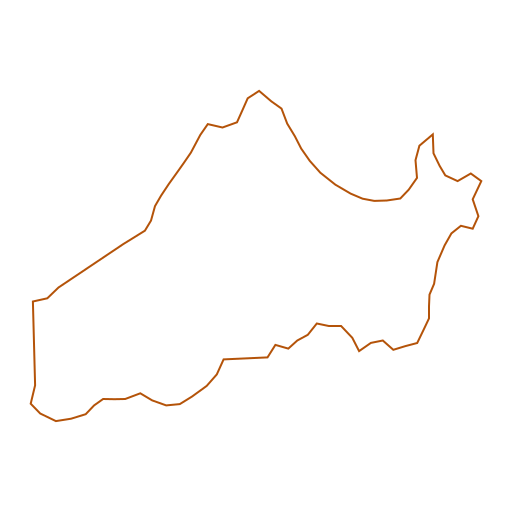 Penha, Santa Catarina, Brazil
{"feature_id": "56859067B78825911007655", "entity_name": "Penha", "entity_type": "district", "adm_level": 2, "iso_a3": "BRA", "parent_name": "Brazil", "parent_adm1": "Santa Catarina", "projection": "albers", "projection_center": [-48.64, -26.804], "detail": "fine", "context": "isolated", "style": "outline", "palette": "amber", "viewbox_px": 512, "rotation_deg": 0, "n_neighbors": 0, "source": "geoboundaries", "source_scale": "gbopen_adm2", "svg_char_len": 1183}
<svg xmlns="http://www.w3.org/2000/svg" viewBox="0 0 512 512"><path d="M352.3,337.8L359.1,351.1L370.9,342.9L382.8,340.5L393.3,349.8L405.4,346.1L417.2,343.0L423.3,330.4L429.0,318.4L429.0,306.4L429.5,294.6L434.1,283.8L437.4,262.1L444.6,245.4L451.4,233.4L460.9,225.8L472.7,228.7L478.4,216.2L472.7,199.3L481.3,181.1L470.8,173.5L457.6,181.1L445.3,175.4L439.6,165.8L433.5,153.3L432.8,134.4L419.4,145.7L415.5,160.2L417.0,177.9L408.7,189.7L400.3,198.5L386.8,200.5L374.3,200.9L362.6,198.7L350.6,193.6L335.4,184.7L320.3,172.7L309.8,160.9L301.2,148.6L294.9,136.3L287.2,123.6L281.5,108.6L271.4,101.4L259.1,90.9L247.7,98.3L242.7,109.6L237.0,122.3L222.5,127.5L207.8,124.1L200.3,134.9L190.9,152.6L183.7,163.1L176.9,172.7L168.8,184.0L161.1,195.6L155.0,206.1L151.0,220.6L144.9,230.7L123.4,244.0L58.5,287.5L47.3,298.3L32.9,301.5L35.1,385.3L30.7,403.7L40.2,413.5L55.9,421.1L71.1,418.7L85.7,414.2L94.1,405.4L103.1,399.0L114.5,399.2L125.2,399.0L140.3,393.3L152.2,400.4L166.2,405.4L179.8,404.1L192.1,396.5L206.7,385.9L216.8,374.4L223.6,359.4L267.5,357.4L275.4,344.9L288.3,348.6L297.3,340.5L307.8,334.8L316.8,323.5L328.8,326.0L341.1,326.0L352.3,337.8Z" fill="none" stroke="#b45309" stroke-width="2"/></svg>